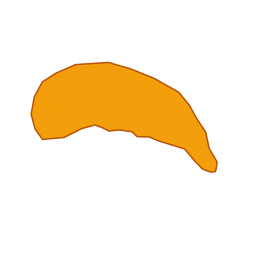 outline of PiisEmwar, Federated States of Micronesia, rotated 215°
{"feature_id": "79324940B93470645424245", "entity_name": "PiisEmwar", "entity_type": "district", "adm_level": 2, "iso_a3": "FSM", "parent_name": "Federated States of Micronesia", "parent_adm1": "", "projection": "natural_earth1", "projection_center": [152.701, 6.836], "detail": "fine", "context": "isolated", "style": "filled", "palette": "amber", "viewbox_px": 256, "rotation_deg": 215, "n_neighbors": 0, "source": "geoboundaries", "source_scale": "gbopen_adm2", "svg_char_len": 550}
<svg xmlns="http://www.w3.org/2000/svg" viewBox="0 0 256 256"><g transform="rotate(215 128 128)"><path d="M149.8,113.4L141.6,114.7L134.2,121.3L122.6,127.2L115.5,126.2L105.6,132.8L95.1,135.1L69.6,143.3L54.0,139.1L43.5,137.1L35.3,139.1L31.4,142.4L32.8,146.3L35.6,151.3L49.8,157.8L61.7,169.0L77.9,175.5L90.6,181.8L106.8,186.4L134.8,183.7L159.2,178.1L181.6,170.5L207.4,149.8L218.4,131.7L224.6,116.6L222.6,99.8L215.3,83.8L203.6,73.9L191.5,69.6L175.0,83.5L165.4,101.2L156.9,111.4L149.8,113.4Z" fill="#f59e0b" stroke="#b45309" stroke-width="1.5"/></g></svg>